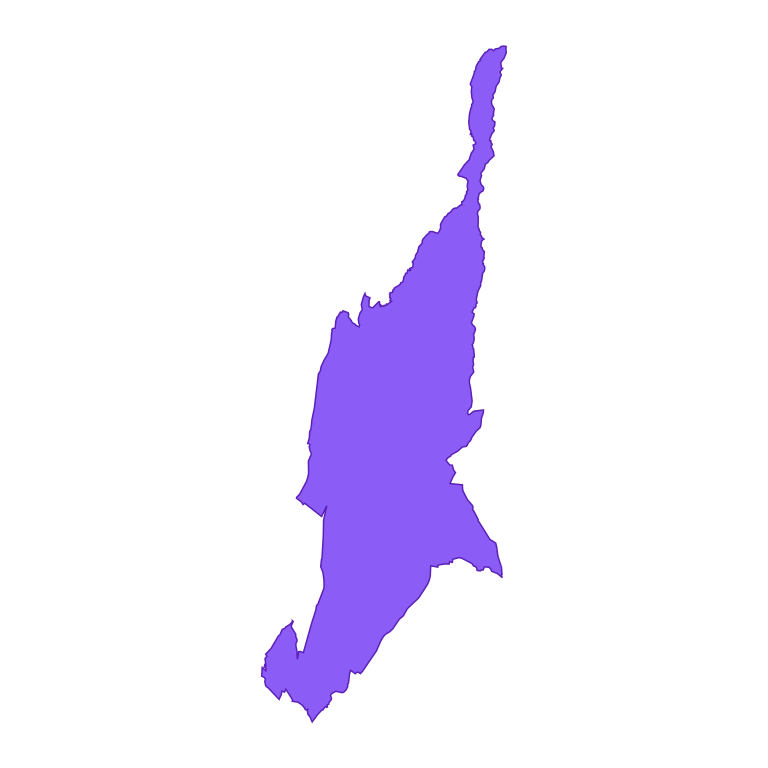 Xiutetelco, Puebla, Mexico
{"feature_id": "50627088B11716767923603", "entity_name": "Xiutetelco", "entity_type": "district", "adm_level": 2, "iso_a3": "MEX", "parent_name": "Mexico", "parent_adm1": "Puebla", "projection": "equal_earth", "projection_center": [-97.339, 19.746], "detail": "fine", "context": "isolated", "style": "filled", "palette": "violet", "viewbox_px": 768, "rotation_deg": 0, "n_neighbors": 0, "source": "geoboundaries", "source_scale": "gbopen_adm2", "svg_char_len": 6092}
<svg xmlns="http://www.w3.org/2000/svg" viewBox="0 0 768 768"><path d="M321.6,516.5L326.8,505.7L323.6,520.2L323.3,535.7L322.0,558.1L321.5,559.3L320.7,566.7L323.0,572.6L324.0,580.5L324.0,588.1L317.8,604.3L316.6,605.4L315.8,610.2L311.5,623.6L303.4,652.6L300.5,651.5L298.7,651.7L297.4,659.3L296.9,650.8L295.9,645.9L296.0,643.1L297.0,641.4L297.0,639.7L295.8,636.7L295.7,634.2L291.5,627.1L291.3,625.9L293.2,621.5L292.4,620.7L292.5,621.6L289.6,624.6L285.5,627.1L285.0,628.3L282.2,629.4L279.8,635.0L278.3,636.1L271.1,648.4L265.6,654.2L266.9,656.1L265.0,658.7L265.9,665.6L264.8,664.7L264.2,667.1L265.3,667.3L266.1,669.1L265.8,670.8L262.2,667.5L261.7,676.2L264.3,677.4L265.4,679.3L264.8,681.3L265.3,684.4L266.2,686.5L268.3,688.0L279.1,699.4L281.2,694.7L281.9,691.2L284.6,692.1L285.9,689.3L292.5,699.7L292.2,701.3L297.7,702.1L301.9,704.8L305.3,708.9L305.1,709.3L306.4,710.1L307.7,709.4L307.4,711.3L308.0,714.6L309.8,716.5L312.2,721.9L317.5,714.7L321.1,710.8L323.2,709.6L324.9,706.9L326.0,706.7L326.6,707.4L327.4,706.9L327.3,704.6L328.7,704.3L328.8,702.9L331.3,699.5L331.4,698.1L330.5,695.2L331.9,693.4L335.9,691.3L342.4,692.7L344.3,691.8L346.4,689.4L347.7,686.5L347.7,684.5L348.5,683.0L349.5,674.0L350.6,670.3L355.2,673.7L357.0,672.3L358.1,672.2L360.4,673.6L362.3,671.6L376.5,650.8L380.7,641.1L383.2,636.8L385.5,634.3L389.5,631.9L392.7,629.0L399.3,619.2L403.5,615.6L407.3,608.7L418.8,597.8L427.5,584.4L429.3,580.1L430.3,575.8L430.7,565.8L437.8,567.1L438.2,565.0L445.3,563.9L449.1,564.1L449.5,561.8L452.4,562.4L452.7,559.3L459.1,557.6L461.9,558.3L472.1,563.6L473.5,566.0L475.4,566.5L476.9,568.3L476.9,570.1L477.8,570.6L480.2,570.9L481.7,569.9L483.1,570.0L484.5,566.8L488.9,567.3L490.5,568.7L491.7,571.3L497.6,573.7L502.4,577.7L501.6,576.2L501.6,574.5L502.0,574.4L501.5,567.5L497.9,556.2L496.7,547.0L495.7,543.1L489.9,539.4L478.1,520.5L478.1,519.4L473.6,510.7L472.7,510.2L473.0,506.8L472.3,505.3L467.5,499.8L463.1,491.3L462.6,489.0L462.4,484.8L450.0,483.6L452.9,477.0L455.5,472.7L453.7,470.2L452.3,465.2L449.8,465.0L446.7,461.4L446.2,459.8L448.4,457.4L450.5,456.2L451.5,454.6L457.8,451.1L462.3,447.0L466.1,446.4L467.2,445.3L468.3,442.8L470.5,440.5L472.2,436.8L476.1,431.3L479.9,427.9L480.8,425.6L481.5,418.2L483.4,412.4L483.4,410.0L473.9,411.1L469.4,414.6L468.5,414.7L467.7,413.3L468.0,410.7L471.3,406.8L472.1,400.8L470.5,387.8L469.4,383.1L469.4,379.6L470.5,376.3L473.7,372.1L472.6,366.9L473.6,364.8L473.1,361.3L473.3,357.6L474.2,357.2L474.3,355.9L473.6,348.8L472.7,347.8L472.8,346.2L472.2,344.6L473.1,343.4L474.0,340.4L474.2,338.0L473.6,334.8L475.5,329.6L474.7,326.8L472.6,324.9L471.4,322.7L473.9,316.1L474.1,313.9L472.1,312.3L473.8,308.2L475.2,307.8L476.0,306.4L475.9,304.2L477.2,302.8L476.2,299.7L477.9,291.3L480.6,285.9L480.7,282.5L481.4,281.6L482.7,273.2L484.3,271.0L484.7,269.4L484.7,266.8L483.1,264.4L483.4,263.5L482.8,263.2L482.7,261.3L484.3,257.9L483.8,256.7L484.4,251.6L482.6,249.7L482.2,247.8L481.2,247.0L480.9,245.5L481.8,240.5L484.0,239.1L481.7,237.4L481.6,236.2L480.3,234.8L480.6,232.4L479.2,230.5L479.1,229.2L478.0,227.0L478.3,216.9L477.5,214.4L477.7,211.5L479.9,208.9L480.1,207.4L479.6,204.3L478.8,203.6L477.8,200.8L478.5,199.1L477.8,198.7L478.6,196.6L478.8,194.4L480.6,192.3L483.0,190.9L483.8,188.5L483.1,186.6L481.2,184.6L480.0,180.5L481.6,175.4L480.8,174.1L481.0,173.1L484.3,168.8L485.3,164.3L488.0,162.3L489.0,160.5L494.0,155.8L493.4,151.8L490.9,146.6L492.1,144.8L492.0,143.8L491.2,143.1L490.8,140.7L490.0,140.9L489.5,139.8L491.8,133.8L494.2,130.8L493.3,128.0L494.6,125.8L495.0,122.0L492.9,120.6L491.8,118.3L493.7,115.2L493.4,114.0L494.2,108.7L491.7,104.4L491.5,100.7L492.1,99.1L493.3,98.2L492.9,94.9L495.0,91.9L496.1,86.3L499.0,82.1L500.0,77.6L501.3,75.0L499.9,71.9L502.7,68.4L501.4,67.9L500.9,63.3L501.3,61.7L504.0,58.3L506.2,53.0L505.9,47.6L506.3,46.7L505.7,46.3L502.8,46.1L500.7,46.7L499.5,48.1L495.2,49.0L493.8,50.7L491.9,49.4L489.1,49.3L486.9,51.9L485.2,52.3L480.0,59.4L480.4,60.6L478.6,61.7L476.1,66.5L475.5,70.1L474.2,71.9L474.5,72.4L473.4,75.7L470.4,83.7L470.5,84.8L471.8,86.6L471.3,91.4L471.9,97.6L473.2,102.1L471.6,104.7L471.5,107.1L470.8,108.3L469.4,114.6L468.8,122.0L469.6,129.4L471.0,130.8L470.4,134.5L471.2,134.4L471.4,133.7L472.0,134.5L471.7,136.2L473.2,137.1L473.7,140.4L475.3,141.4L475.7,142.9L475.4,143.9L473.1,145.1L474.1,149.1L471.2,153.3L469.2,159.7L464.4,164.9L457.7,174.8L459.5,176.4L460.4,176.1L466.1,178.3L468.0,180.9L467.2,185.8L467.8,190.3L466.6,191.5L466.4,192.3L467.1,193.2L465.4,195.4L464.8,198.6L463.2,201.1L461.8,201.7L461.8,205.1L460.5,205.0L456.2,208.4L455.4,208.0L453.2,208.8L449.6,213.0L448.4,213.2L446.1,216.5L444.9,216.6L441.4,222.5L440.5,224.6L440.6,227.7L439.6,230.7L437.7,233.4L432.3,231.5L430.1,231.6L429.2,232.0L428.8,233.6L427.2,234.4L423.0,239.1L422.2,240.8L422.3,242.8L418.8,246.9L417.6,252.0L415.7,255.0L415.1,258.3L412.4,261.8L412.4,262.6L413.2,262.9L412.8,267.2L409.6,268.5L409.9,269.4L410.6,269.3L410.5,270.3L409.5,270.7L409.2,270.0L407.8,269.9L407.0,273.0L405.5,273.4L405.5,274.5L403.7,277.2L403.4,280.1L402.5,282.2L400.7,282.8L400.0,284.6L394.3,288.1L393.9,289.4L392.9,290.0L392.7,292.2L390.2,292.7L389.5,294.4L390.1,295.7L389.7,297.0L390.0,298.1L390.8,298.7L389.9,300.7L391.5,301.4L387.4,304.4L386.4,304.0L385.9,305.5L384.2,305.3L383.7,306.4L381.8,305.6L380.9,306.7L380.2,306.5L380.4,304.6L379.6,304.4L379.6,301.9L378.9,301.6L372.9,307.6L371.8,307.7L369.2,306.6L368.9,305.5L369.2,300.1L370.0,297.9L365.6,295.8L365.0,293.5L363.5,296.6L361.3,304.5L362.3,309.7L360.0,313.0L358.3,319.1L358.8,323.3L359.6,324.4L359.1,326.8L356.3,325.7L355.5,324.6L352.2,322.6L351.3,320.6L348.3,316.8L348.7,314.7L348.1,312.7L342.9,310.8L342.2,312.4L340.4,312.1L337.8,316.6L336.9,317.2L335.7,321.5L335.2,328.1L332.5,328.6L331.8,329.9L332.1,331.4L331.6,333.0L331.2,340.0L328.1,353.4L324.1,360.1L321.1,366.6L320.3,371.0L318.4,374.0L314.4,407.8L311.9,419.9L311.0,429.0L309.7,431.5L309.3,438.1L307.7,443.5L309.4,444.0L310.0,445.1L309.2,446.6L309.9,450.1L311.5,453.9L308.4,460.9L308.6,472.9L308.1,476.2L306.5,481.4L299.6,494.3L296.7,497.2L296.4,498.2L301.2,501.7L303.1,504.5L304.8,503.3L321.6,516.5Z" fill="#8b5cf6" stroke="#5b21b6" stroke-width="1.5"/></svg>